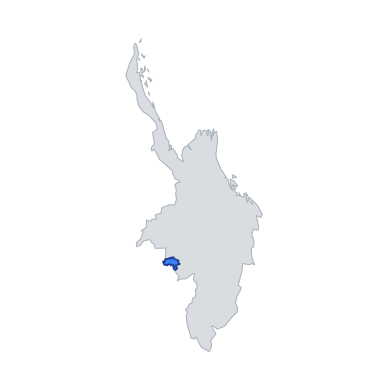 Hopang, Shan, Myanmar (highlighted), rotated 169°
{"feature_id": "60261553B42594704122339", "entity_name": "Hopang", "entity_type": "district", "adm_level": 2, "iso_a3": "MMR", "parent_name": "Myanmar", "parent_adm1": "Shan", "projection": "natural_earth1", "projection_center": [98.938, 23.1], "detail": "fine", "context": "in_parent", "style": "filled", "palette": "blue", "viewbox_px": 384, "rotation_deg": 169, "n_neighbors": 0, "source": "geoboundaries", "source_scale": "gbopen_adm2", "svg_char_len": 7176}
<svg xmlns="http://www.w3.org/2000/svg" viewBox="0 0 384 384"><g transform="rotate(169 192 192)"><path d="M241.9,173.0L238.6,171.2L236.1,172.9L232.3,172.2L232.7,175.9L230.6,177.1L226.8,176.8L224.5,182.4L216.6,183.8L211.5,182.8L208.6,187.7L208.4,193.4L207.0,196.8L207.5,202.6L204.2,204.2L202.1,203.8L203.2,206.6L205.9,207.7L207.4,213.8L206.9,216.2L217.6,230.2L220.8,241.3L223.3,239.8L224.1,240.9L223.1,243.8L219.8,246.1L219.3,257.8L213.9,260.6L214.1,264.5L214.7,267.2L219.4,275.0L224.8,280.3L227.7,286.0L228.3,294.2L227.5,297.7L228.9,302.7L231.7,306.0L234.7,319.1L228.5,330.6L222.2,338.2L221.4,346.2L219.3,348.9L218.3,346.4L217.9,337.9L221.0,332.6L221.9,322.3L223.9,320.1L222.9,319.1L220.4,319.8L221.3,311.5L219.9,311.1L221.0,309.4L219.5,295.5L214.7,285.7L214.0,281.5L213.3,287.2L212.7,286.0L212.6,278.4L209.8,270.0L210.1,269.2L211.4,270.0L210.2,268.1L209.2,268.5L208.4,266.5L206.9,249.1L205.1,246.6L205.8,239.1L207.2,237.2L202.1,238.0L199.7,231.7L199.6,228.2L194.5,223.0L195.3,224.6L194.5,226.4L195.3,229.3L193.2,234.8L191.1,237.3L188.3,238.3L186.2,236.7L185.7,233.8L184.8,233.8L186.8,239.3L178.6,244.0L177.4,247.3L173.1,251.7L171.8,251.1L172.5,245.3L170.0,249.9L166.6,250.0L165.9,243.8L164.5,247.4L162.5,248.6L163.2,238.2L162.6,241.2L159.4,245.3L156.2,246.7L156.9,238.1L161.3,224.6L161.6,220.1L159.4,209.3L155.7,200.2L156.8,200.0L154.3,197.4L154.0,190.7L152.4,193.1L152.2,197.3L149.0,195.1L146.0,189.3L147.2,188.7L150.8,191.5L152.8,190.0L153.3,188.0L147.8,182.3L149.2,180.0L147.3,180.0L142.6,177.3L141.2,177.8L141.8,180.2L140.8,180.9L139.0,177.2L140.4,175.4L139.2,175.3L140.0,172.0L139.5,171.5L137.3,175.9L136.0,174.8L137.4,172.6L136.9,171.4L134.8,168.8L135.0,173.4L130.1,166.2L127.3,156.3L129.5,153.8L133.4,156.7L133.2,144.6L134.8,141.9L138.8,144.1L139.9,141.0L141.5,140.2L140.6,131.9L141.8,126.5L144.5,125.6L145.2,121.2L145.6,115.3L144.4,108.8L146.8,110.3L149.5,109.8L155.8,112.0L158.3,104.4L164.3,91.9L162.1,89.0L162.5,87.2L167.8,80.7L170.5,74.8L169.4,69.6L170.6,65.3L175.3,62.6L185.8,53.9L193.5,52.7L196.6,56.1L198.7,56.4L195.5,48.3L202.1,42.3L201.9,37.5L205.0,32.4L206.7,32.6L208.2,35.1L209.9,35.1L212.9,38.8L215.7,48.9L217.9,47.1L220.7,48.6L222.0,63.6L221.2,72.3L219.5,74.3L220.8,77.9L218.1,79.2L216.2,82.6L213.5,82.9L211.6,87.7L208.8,88.4L207.3,92.1L207.6,95.0L205.4,96.6L204.7,101.4L206.6,103.4L207.2,106.0L205.1,111.4L206.9,111.6L214.4,108.0L219.7,108.7L223.3,107.8L221.1,111.5L223.3,116.3L223.8,123.8L231.7,125.8L233.0,127.7L231.2,130.0L228.5,142.0L238.9,143.7L239.3,148.3L241.5,150.0L241.8,152.6L243.2,153.4L248.9,153.2L252.2,150.1L256.4,148.7L256.7,151.4L255.7,153.3L251.1,156.0L247.9,161.5L247.7,162.7L249.1,163.7L243.8,165.9L241.9,173.0ZM149.2,186.0L152.5,188.3L151.9,189.9L149.8,190.0L148.2,187.1L149.2,186.0ZM215.7,303.7L217.8,307.2L215.7,309.6L215.7,303.7ZM148.7,201.0L147.0,199.7L145.8,197.9L149.6,197.9L148.7,201.0ZM218.8,318.6L218.8,323.2L217.4,322.7L216.6,318.9L218.8,318.6ZM161.2,246.6L158.9,249.5L158.6,247.0L161.7,243.4L161.2,246.6ZM205.0,242.6L203.6,241.7L203.4,239.1L204.5,238.3L205.3,239.6L205.0,242.6ZM214.3,324.2L214.0,322.7L215.5,319.0L215.2,322.2L214.3,324.2ZM213.5,332.7L215.4,336.2L215.0,336.8L213.3,334.1L212.3,334.3L213.5,332.7ZM220.0,316.1L218.0,317.0L217.9,313.9L220.0,316.1ZM215.3,348.6L212.8,351.6L213.1,349.9L215.3,348.6ZM138.4,177.7L139.3,181.4L137.7,177.0L138.4,177.7ZM215.7,296.5L215.6,299.3L215.0,294.8L215.7,296.5ZM146.0,180.3L146.3,182.7L144.9,179.3L146.0,180.3ZM213.1,312.7L211.6,311.3L212.1,310.3L212.9,310.6L213.1,312.7ZM212.1,308.7L211.1,310.5L210.2,309.4L211.0,308.6L212.1,308.7ZM212.3,319.9L212.3,321.5L211.2,317.7L212.3,319.9ZM164.6,250.0L163.6,250.0L165.0,248.1L165.1,248.8L164.6,250.0ZM219.0,333.1L218.1,332.7L218.8,330.9L219.0,333.1Z" fill="#d9dde1" stroke="#a8b0b8" stroke-width="1"/><path d="M230.4,131.3L230.6,131.3L230.6,131.2L230.8,131.2L231.0,131.1L231.3,131.0L231.3,130.9L231.3,130.7L231.3,130.3L231.3,130.2L231.5,130.0L231.7,129.9L231.8,129.8L232.0,129.7L232.3,129.6L232.2,129.4L232.2,129.1L232.0,128.7L232.0,128.3L232.0,128.2L232.3,128.1L232.7,128.5L232.8,128.5L233.0,128.6L233.3,128.7L233.4,128.8L233.4,128.7L233.5,128.6L233.8,128.6L233.8,128.3L233.8,128.2L233.8,127.9L233.7,127.8L233.6,127.7L233.4,127.7L233.3,127.4L233.2,127.1L233.2,126.9L233.2,126.7L233.2,126.4L233.3,126.4L233.3,126.2L233.3,125.9L233.2,125.7L232.9,125.6L232.7,125.6L232.4,125.6L232.2,125.6L231.8,125.5L231.7,125.4L231.4,125.3L231.2,125.3L231.2,125.2L230.9,124.9L230.7,124.7L230.6,124.8L230.5,124.7L230.4,124.7L230.4,124.8L230.4,125.1L230.2,125.2L230.1,125.3L229.9,125.2L229.7,125.2L229.7,125.3L229.5,125.5L229.4,125.6L229.2,125.6L229.1,125.4L228.9,125.5L228.8,125.4L228.7,125.3L228.7,125.2L228.4,125.3L228.2,125.4L228.1,125.2L227.8,125.2L227.6,125.3L227.4,125.2L227.3,125.3L227.2,125.5L227.2,125.4L226.9,125.2L226.4,124.9L226.4,124.7L226.5,124.4L226.6,124.1L226.3,124.2L226.2,124.3L226.1,124.2L225.9,124.2L225.7,124.2L225.4,124.1L225.2,124.1L224.9,123.9L224.6,123.8L224.4,123.8L224.1,123.9L224.2,123.5L224.1,123.4L224.3,123.3L224.4,123.1L224.4,122.9L224.4,122.7L224.5,122.6L224.7,122.4L224.6,122.1L224.8,122.0L224.8,121.9L224.9,121.7L224.7,121.5L224.6,121.4L224.4,121.3L224.0,121.4L224.2,121.2L224.3,120.9L224.4,121.0L224.5,121.0L224.6,120.8L224.5,120.6L224.4,120.3L224.4,120.1L224.6,119.9L224.4,119.6L224.3,119.4L224.2,119.3L224.2,119.2L224.1,118.9L223.9,118.7L223.7,118.7L223.5,118.8L223.4,118.8L223.2,118.8L222.9,119.0L222.6,119.1L222.2,119.2L222.2,119.3L222.0,119.8L221.9,119.8L221.9,119.5L221.9,119.4L221.8,119.5L221.7,119.6L221.3,119.6L221.2,119.7L221.2,119.9L221.0,120.0L221.0,120.3L221.4,120.4L221.5,120.5L221.7,120.8L221.5,121.0L221.7,121.5L221.7,121.8L221.7,122.1L221.7,122.6L221.8,122.8L221.7,122.9L221.7,123.0L221.5,122.9L221.3,122.8L221.2,122.9L220.9,123.2L220.8,123.3L220.6,123.3L220.2,123.3L220.1,123.2L219.7,123.1L219.4,123.2L219.2,123.2L219.1,123.3L218.8,123.3L218.7,123.4L218.7,123.5L218.8,123.5L218.7,123.7L218.4,123.6L218.2,123.5L218.0,123.8L217.9,123.7L217.7,123.7L217.7,123.8L217.7,124.0L217.9,124.2L218.0,124.2L218.2,124.4L218.5,124.6L218.8,124.7L218.8,125.0L219.1,125.2L219.3,125.4L219.3,125.5L219.3,125.8L219.1,126.0L218.9,126.2L218.5,126.4L218.4,126.4L218.3,126.6L218.3,126.9L218.3,127.1L218.5,127.3L218.6,127.6L218.7,127.8L218.8,127.8L219.0,127.8L219.2,127.7L219.3,127.7L219.5,128.0L219.8,128.2L219.9,128.4L220.0,128.4L220.2,128.5L220.3,128.6L220.5,128.7L220.6,128.8L220.8,128.8L221.0,128.9L221.4,129.1L221.5,129.2L221.6,129.4L221.6,129.5L221.8,129.7L221.9,129.8L222.0,130.3L222.1,130.6L222.2,130.9L222.2,131.0L222.3,131.1L222.5,131.3L222.7,131.5L222.8,131.6L223.0,131.6L223.3,131.6L223.5,131.5L223.9,131.7L224.1,131.7L224.3,131.6L224.5,131.4L224.7,131.5L224.9,131.7L225.0,131.8L225.3,131.9L225.3,132.0L225.4,131.8L225.3,131.7L225.2,131.5L225.1,131.4L225.0,131.2L224.9,131.1L224.8,130.9L224.8,130.7L224.7,130.6L224.8,130.6L225.0,130.6L225.3,130.8L225.5,130.9L225.6,131.0L225.8,131.0L226.0,130.9L226.3,130.8L226.5,130.9L226.7,131.1L226.8,131.3L226.9,131.5L227.1,131.5L227.1,131.4L227.1,131.2L227.4,131.2L227.5,131.1L227.8,131.0L228.1,131.1L228.3,131.1L228.5,131.1L229.0,131.2L229.3,131.1L229.5,130.9L229.6,130.7L230.0,130.8L230.4,131.0L230.4,131.3Z" fill="#3b82f6" stroke="#1e3a8a" stroke-width="1.5"/></g></svg>